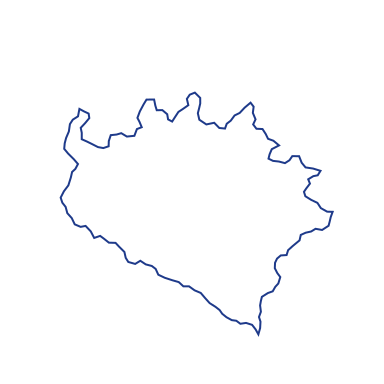 the district of Canaã, Minas Gerais, Brazil, rotated 113°
{"feature_id": "56859067B79811618313026", "entity_name": "Canaã", "entity_type": "district", "adm_level": 2, "iso_a3": "BRA", "parent_name": "Brazil", "parent_adm1": "Minas Gerais", "projection": "orthographic", "projection_center": [-42.629, -20.671], "detail": "fine", "context": "isolated", "style": "outline", "palette": "blue", "viewbox_px": 384, "rotation_deg": 113, "n_neighbors": 0, "source": "geoboundaries", "source_scale": "gbopen_adm2", "svg_char_len": 2260}
<svg xmlns="http://www.w3.org/2000/svg" viewBox="0 0 384 384"><g transform="rotate(113 192 192)"><path d="M172.0,330.0L177.2,330.9L184.4,329.0L191.5,329.0L196.9,328.2L202.2,326.5L205.0,321.1L208.0,313.6L210.8,307.9L216.4,308.4L220.4,310.2L226.0,309.2L234.2,308.4L241.4,310.2L248.5,310.7L252.5,307.2L255.1,302.5L260.2,298.5L263.0,292.5L267.6,287.3L267.6,280.9L264.8,276.7L267.8,269.8L272.5,264.1L268.3,259.4L269.4,254.8L271.1,248.7L268.7,242.5L270.8,237.8L273.6,230.8L278.5,227.3L281.3,223.3L280.4,216.2L275.5,212.7L276.7,206.3L275.8,200.1L277.0,195.4L281.3,190.7L281.6,183.5L280.9,175.5L280.1,169.0L282.2,163.1L280.0,157.9L281.5,151.2L281.5,144.5L284.6,138.3L287.4,132.3L288.5,125.6L289.9,120.4L292.3,116.6L293.8,111.3L294.4,105.3L293.2,100.9L294.4,96.0L291.4,91.1L290.8,84.8L293.6,79.8L297.1,75.3L290.7,76.1L284.6,78.3L280.9,81.5L275.3,81.8L269.8,85.0L265.5,86.0L261.2,86.7L255.4,82.7L251.9,78.9L246.8,78.3L242.5,76.8L235.8,77.5L233.3,81.8L229.8,86.0L224.7,87.9L220.1,87.7L215.7,85.5L213.1,80.3L208.0,80.8L202.2,78.1L194.5,74.1L189.0,75.1L185.0,71.4L181.8,66.9L177.6,63.9L176.1,57.4L169.7,53.1L165.5,53.7L160.9,54.5L155.3,54.8L157.3,59.9L156.5,67.1L153.0,72.3L152.7,79.0L151.6,86.0L148.1,89.0L144.0,88.2L138.2,86.7L134.9,90.0L130.0,86.5L127.5,82.8L122.3,82.0L123.1,89.7L125.0,97.1L122.2,102.5L117.2,107.4L119.8,113.7L124.7,114.7L129.1,117.7L130.0,123.9L131.7,129.6L131.4,134.6L127.0,135.3L121.4,135.3L115.1,130.1L113.0,137.1L113.3,142.8L109.8,146.8L106.5,151.7L108.6,157.4L105.9,162.1L100.3,161.9L95.4,166.9L89.4,168.6L86.9,173.0L93.8,176.5L100.6,179.0L104.9,182.7L111.2,184.2L115.6,186.7L120.7,186.4L122.4,191.9L119.6,198.6L124.2,205.2L122.6,213.5L117.2,217.4L111.9,218.2L107.3,219.0L102.2,221.2L99.4,228.2L103.3,232.1L108.3,233.1L113.5,229.3L119.4,233.0L123.6,235.8L130.2,237.0L134.9,237.8L134.5,242.4L130.1,245.2L128.2,251.3L130.5,256.4L126.8,259.5L121.7,263.0L124.7,270.0L130.3,270.8L138.2,271.5L145.1,271.2L147.9,267.8L152.0,263.6L155.6,267.3L162.8,267.0L166.4,273.6L165.5,280.1L168.6,283.9L171.4,289.0L177.6,288.5L182.5,286.6L186.2,290.8L187.4,296.1L186.9,303.2L186.6,308.6L186.5,314.1L180.6,316.6L176.4,319.5L170.4,317.3L164.1,315.4L160.2,317.8L160.0,323.0L159.5,328.1L166.9,326.5L172.0,330.0Z" fill="none" stroke="#1e3a8a" stroke-width="2"/></g></svg>